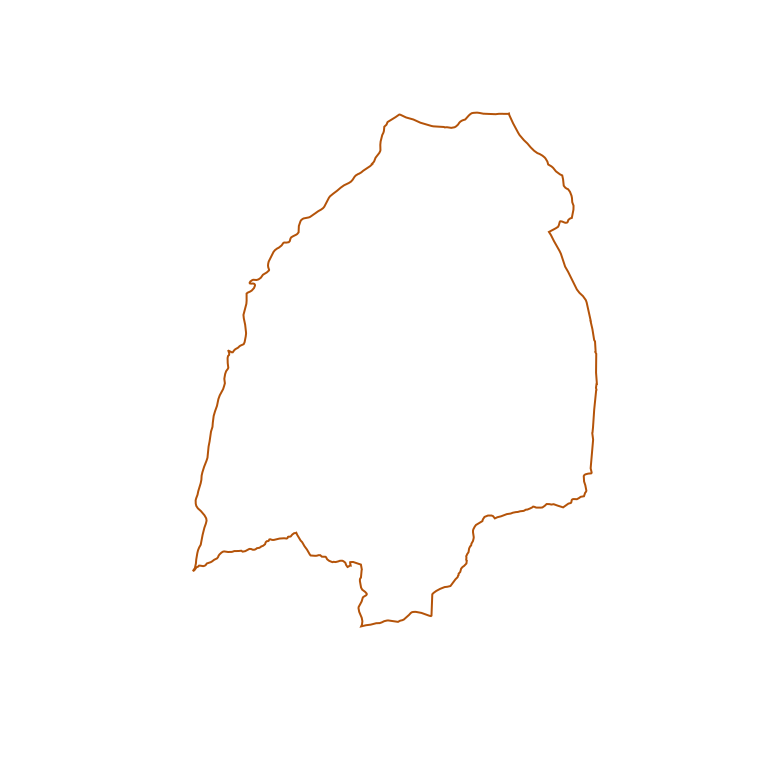 Adunati, Prahova, Romania, rotated 59°
{"feature_id": "2599482B72969969985711", "entity_name": "Adunati", "entity_type": "district", "adm_level": 2, "iso_a3": "ROU", "parent_name": "Romania", "parent_adm1": "Prahova", "projection": "equal_earth", "projection_center": [25.597, 45.18], "detail": "fine", "context": "isolated", "style": "outline", "palette": "amber", "viewbox_px": 768, "rotation_deg": 59, "n_neighbors": 0, "source": "geoboundaries", "source_scale": "gbopen_adm2", "svg_char_len": 6165}
<svg xmlns="http://www.w3.org/2000/svg" viewBox="0 0 768 768"><g transform="rotate(59 384 384)"><path d="M445.9,644.2L446.0,642.6L444.7,639.5L444.6,639.0L444.8,637.1L444.4,636.3L444.8,635.4L447.0,632.8L447.4,631.4L447.4,630.2L446.6,628.3L447.5,624.2L447.5,622.7L447.2,620.0L447.5,616.9L446.8,615.2L446.1,614.4L445.4,612.9L444.8,610.1L444.8,608.3L445.2,607.2L447.6,604.3L449.3,601.4L449.7,600.4L450.1,598.4L452.3,594.6L453.4,592.2L454.9,591.5L455.8,589.0L456.0,584.6L456.2,584.0L457.0,582.9L458.5,581.8L459.4,580.2L459.5,578.8L459.3,577.5L460.2,575.2L460.2,573.6L460.0,573.1L460.4,571.0L460.1,568.5L458.8,567.0L458.6,566.5L458.4,565.4L458.9,564.4L459.0,563.7L458.2,562.3L458.5,561.5L460.0,560.2L460.9,558.8L462.7,553.1L464.8,549.0L466.3,547.1L466.4,546.2L465.6,545.0L465.7,544.4L466.4,543.3L466.6,542.4L465.8,540.2L465.6,537.8L466.2,536.8L466.3,535.8L468.7,536.1L475.3,536.1L477.4,535.6L482.1,535.7L486.2,535.3L492.0,535.4L493.2,535.2L495.9,531.4L496.6,530.0L497.0,528.3L497.9,526.8L500.0,526.2L502.0,523.1L502.7,522.9L505.0,523.0L507.3,522.1L510.0,520.1L510.3,519.7L510.4,518.9L511.7,517.2L512.5,514.6L512.8,512.9L513.9,510.9L514.9,510.1L517.2,509.2L519.8,509.7L522.1,509.5L522.2,508.3L522.0,506.8L522.5,506.1L519.9,505.2L519.3,504.8L519.5,504.2L520.7,502.1L526.9,496.8L531.7,498.6L532.1,499.1L538.1,503.5L538.4,504.5L539.1,505.3L540.6,506.2L546.7,508.5L549.1,508.6L552.5,507.2L554.7,506.8L555.4,507.1L555.9,508.0L555.9,511.3L556.1,512.1L558.9,515.2L562.1,520.6L563.0,521.3L566.5,522.6L572.9,523.5L576.2,524.7L578.9,526.8L580.0,528.4L581.5,523.7L583.4,519.4L585.1,513.7L586.7,511.0L587.2,508.6L587.4,506.0L588.3,503.2L588.8,502.2L595.1,494.5L595.2,492.1L595.9,489.9L596.1,488.3L594.8,481.4L594.1,479.1L594.0,477.7L594.4,476.4L595.6,474.2L599.5,469.8L606.0,464.5L607.1,463.3L607.0,462.6L589.1,450.9L588.6,449.2L588.3,445.8L588.5,441.4L589.3,436.6L590.4,434.2L591.4,431.1L588.2,423.3L587.5,420.4L586.4,419.2L586.2,418.5L585.0,417.7L584.4,415.5L582.0,413.0L581.3,410.9L581.2,409.1L580.3,405.8L578.0,404.0L577.7,404.2L576.7,403.9L575.5,402.9L573.9,402.2L573.6,401.5L572.8,400.6L571.7,398.2L568.8,395.7L567.5,393.7L567.3,392.5L565.9,391.3L564.4,388.6L562.7,386.9L561.6,386.0L557.0,384.1L555.5,383.2L554.6,382.3L553.0,379.7L552.2,377.8L552.2,370.3L551.0,369.0L549.7,366.3L550.3,362.6L552.1,359.6L553.4,358.6L556.3,358.2L556.6,355.4L557.7,351.8L558.8,345.7L560.3,342.1L560.7,339.8L561.7,337.0L562.6,335.2L563.2,332.9L564.7,329.6L564.8,327.1L565.5,325.7L565.9,323.0L566.1,320.5L565.9,319.3L567.1,318.0L567.7,317.8L568.5,316.9L570.6,313.5L571.4,311.8L571.2,308.9L570.7,306.8L570.7,306.3L572.3,303.9L573.5,302.7L574.4,300.5L577.7,297.8L582.0,294.0L581.5,287.5L582.2,285.2L581.8,284.3L580.3,283.0L580.0,282.4L579.9,281.8L580.3,280.7L582.1,278.0L582.2,275.5L582.0,273.5L583.2,270.4L580.9,267.7L580.3,266.2L579.7,265.5L574.5,263.6L570.6,262.7L565.8,260.2L565.2,259.0L565.2,257.8L566.0,255.1L567.3,252.5L567.2,252.0L566.8,251.6L562.7,250.3L539.4,233.4L533.2,230.7L533.0,230.3L529.0,227.3L514.2,217.0L498.7,205.4L498.5,204.9L496.5,204.3L493.4,201.8L493.6,201.5L483.5,196.4L467.4,186.5L465.3,186.4L465.2,185.9L456.2,181.2L454.5,181.2L444.3,177.1L436.3,174.5L436.4,174.3L418.5,168.3L416.1,167.8L411.1,168.2L406.6,169.5L402.3,170.0L382.6,168.4L376.7,168.3L363.5,165.3L360.4,165.0L348.9,164.7L342.3,164.2L338.6,164.3L339.0,156.6L338.9,153.8L337.9,152.3L335.6,149.9L335.3,149.1L336.3,147.8L338.7,146.0L339.3,145.4L339.8,144.3L339.9,143.9L339.7,143.1L338.4,141.6L338.1,140.3L338.0,138.9L338.4,137.5L332.1,131.8L328.8,129.7L325.1,129.0L321.4,127.1L319.2,126.3L315.0,125.6L311.8,125.9L310.6,126.8L309.0,127.5L306.6,127.8L300.8,125.1L297.0,123.8L295.1,125.1L290.3,127.1L285.8,127.7L283.7,128.4L280.4,130.2L277.5,129.4L274.0,129.4L272.6,129.6L269.8,130.6L266.9,132.2L265.1,133.6L261.4,135.2L256.7,136.4L251.7,137.2L247.0,138.5L240.4,139.6L237.8,139.6L227.1,139.1L218.1,138.1L216.5,137.6L216.4,138.5L211.7,146.1L210.2,149.4L203.5,159.6L200.7,162.7L199.3,164.5L197.7,167.6L197.1,169.2L197.1,170.8L197.5,173.0L199.1,178.1L198.4,181.1L198.4,183.3L198.8,184.9L199.8,187.0L200.3,189.5L200.3,191.2L199.1,194.4L196.3,197.8L195.3,199.8L194.6,200.2L188.7,208.8L187.5,210.2L178.8,218.2L172.4,222.6L166.9,227.8L161.9,231.1L161.1,231.8L160.9,232.3L161.2,236.7L161.3,245.8L161.4,246.2L163.0,248.3L163.6,251.2L167.1,253.8L168.3,255.1L169.7,257.3L174.4,262.0L177.1,264.0L181.7,266.6L182.4,267.3L183.5,269.0L185.7,274.7L188.1,277.8L188.6,279.0L189.1,280.9L189.5,280.8L190.1,283.6L190.5,292.0L190.9,294.5L190.9,297.2L190.7,297.7L190.7,300.7L191.2,302.5L192.8,305.7L193.5,308.0L193.6,310.5L193.1,315.9L193.4,319.9L194.2,324.7L194.7,329.5L195.3,333.6L196.0,335.3L201.3,343.9L201.9,345.7L202.1,348.2L202.0,351.3L202.7,361.2L202.5,362.6L200.7,367.6L200.6,368.8L200.9,370.7L201.5,371.8L204.7,375.6L210.0,379.1L210.7,381.0L210.8,382.2L210.5,385.9L210.5,388.0L211.1,389.2L213.0,391.2L213.4,392.6L212.5,394.9L211.3,396.7L211.3,397.8L212.5,400.4L213.0,404.3L212.8,405.4L213.1,408.5L213.9,410.7L219.6,419.7L221.0,421.1L222.7,422.4L224.3,423.1L227.0,423.7L227.4,424.1L228.0,427.0L228.0,431.5L229.5,434.9L229.7,437.7L229.2,439.7L227.3,442.4L227.1,443.4L227.3,445.8L228.0,447.0L228.6,447.2L229.5,446.3L230.4,444.5L231.4,443.6L232.4,443.5L233.2,443.9L234.8,446.0L235.8,449.3L235.8,451.4L235.5,453.8L235.7,455.2L241.9,458.9L244.4,460.7L252.4,468.9L255.4,470.3L261.7,472.5L268.5,475.6L269.8,476.3L272.1,478.1L276.4,482.0L277.6,483.8L277.2,487.0L277.2,488.3L277.7,490.4L277.6,493.5L278.0,495.2L278.9,497.3L278.5,498.1L275.4,500.1L275.4,500.3L278.1,500.9L279.3,501.8L279.7,503.3L281.2,504.7L285.6,507.2L289.9,509.1L290.6,510.1L291.7,512.7L293.6,515.0L297.3,518.2L301.4,520.0L303.3,522.0L305.5,524.5L309.1,530.6L311.6,533.7L316.7,538.4L320.3,542.8L323.6,546.4L328.9,550.6L332.4,553.1L335.7,556.8L343.3,563.0L347.3,566.6L356.3,573.3L358.3,575.6L362.3,580.8L366.2,585.2L368.6,587.5L372.1,589.9L374.7,592.3L380.2,598.4L382.9,600.9L385.1,603.7L386.6,605.3L389.6,607.0L391.8,607.7L394.7,607.6L398.6,606.4L404.1,605.5L407.6,605.6L409.8,606.5L412.0,608.7L414.7,612.0L419.9,617.2L427.4,623.9L428.9,626.6L430.7,629.0L432.8,631.1L437.7,635.3L441.0,637.7L444.4,640.9L445.9,644.2Z" fill="none" stroke="#b45309" stroke-width="2"/></g></svg>